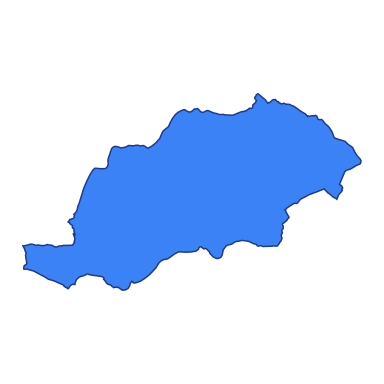 Bucosnita, Caras-Severin, Romania (Albers equal-area conic projection)
{"feature_id": "2599482B80081706534230", "entity_name": "Bucosnita", "entity_type": "district", "adm_level": 2, "iso_a3": "ROU", "parent_name": "Romania", "parent_adm1": "Caras-Severin", "projection": "albers", "projection_center": [22.186, 45.297], "detail": "fine", "context": "isolated", "style": "filled", "palette": "blue", "viewbox_px": 384, "rotation_deg": 0, "n_neighbors": 0, "source": "geoboundaries", "source_scale": "gbopen_adm2", "svg_char_len": 5874}
<svg xmlns="http://www.w3.org/2000/svg" viewBox="0 0 384 384"><path d="M336.9,199.3L338.3,195.5L339.1,194.3L340.1,193.0L340.9,192.4L341.6,191.1L342.3,190.6L341.8,189.2L342.7,188.1L342.0,186.4L340.9,185.3L339.5,184.3L344.8,171.7L346.5,170.2L350.8,168.9L357.1,165.1L359.9,164.1L360.8,162.8L361.0,160.7L360.1,159.0L357.6,156.4L356.3,154.5L354.3,151.1L352.7,147.6L350.6,146.0L348.4,144.6L345.0,141.3L335.2,138.3L334.0,137.3L331.9,131.5L328.9,127.0L326.8,125.0L324.6,123.2L322.7,120.4L321.3,119.4L320.5,119.6L319.7,119.7L318.9,119.5L317.9,118.9L317.5,118.0L317.2,117.2L317.0,116.4L315.7,115.4L314.0,115.7L311.5,115.8L309.3,116.3L308.6,116.1L307.5,115.8L307.4,116.2L305.2,113.7L303.4,112.9L299.0,110.0L297.0,108.4L296.3,108.1L294.8,106.9L293.0,105.9L291.5,105.5L290.1,104.5L288.6,104.3L286.0,104.2L283.8,103.2L282.7,103.7L281.1,103.9L280.2,103.2L279.8,103.3L279.0,102.8L279.0,102.4L278.4,101.7L277.3,101.6L275.3,99.5L273.6,99.7L272.5,100.0L269.6,102.7L269.1,102.4L267.7,103.2L266.0,100.7L265.2,99.7L258.1,93.8L256.9,94.3L256.3,94.8L255.8,96.2L254.7,97.4L254.9,98.6L255.6,99.6L256.4,100.4L256.4,101.1L255.9,101.6L255.4,102.8L252.9,104.8L252.8,106.4L252.3,108.0L251.1,108.5L249.6,108.2L246.9,110.2L244.2,111.4L242.0,111.6L241.6,111.7L237.2,113.4L232.9,115.2L225.1,114.9L223.1,114.3L221.3,114.6L219.4,114.5L216.3,113.5L213.2,112.8L208.2,110.6L206.6,110.6L203.6,112.2L202.3,112.4L200.8,111.8L197.7,108.6L194.5,109.0L193.3,110.0L192.2,111.0L190.2,112.1L188.8,111.9L187.5,111.4L186.3,110.8L185.3,109.9L183.6,109.7L180.7,110.9L178.0,112.3L175.4,114.6L172.4,118.6L169.8,123.4L169.2,125.1L168.4,126.7L165.6,128.9L163.0,131.2L162.1,132.8L159.8,138.4L157.9,140.4L156.2,142.6L151.0,146.7L147.5,148.2L144.7,146.1L143.0,145.5L140.7,145.9L137.5,145.2L135.7,145.3L134.4,145.7L133.0,145.8L128.7,145.5L126.6,146.6L124.4,147.4L120.8,147.9L118.6,147.0L116.4,146.5L114.7,146.4L112.7,147.4L111.6,148.7L108.3,158.4L108.0,159.7L107.9,161.0L108.0,162.3L108.3,163.6L107.4,166.7L105.7,168.4L104.4,168.7L100.6,168.7L96.7,168.3L94.8,168.3L92.9,170.1L89.9,174.8L86.7,181.4L83.8,188.2L79.1,203.4L77.7,206.8L77.1,209.9L75.9,212.2L74.6,213.7L74.4,214.0L74.5,214.3L73.8,214.4L74.5,215.6L74.1,216.5L74.1,217.6L72.8,218.7L72.2,218.7L71.7,218.9L71.2,219.3L70.8,219.5L70.1,219.3L69.1,220.4L69.1,220.7L69.2,221.0L68.9,221.6L68.1,221.9L68.3,222.2L69.1,222.7L69.6,223.0L70.0,223.8L71.1,224.5L72.0,225.3L72.4,225.9L72.4,227.7L72.7,228.1L73.0,228.0L73.4,228.5L73.9,228.8L74.0,229.0L73.9,230.8L73.9,231.1L74.2,231.6L74.1,232.3L74.2,232.6L75.0,233.6L75.1,233.8L74.8,234.4L75.0,235.0L74.8,235.2L74.3,234.4L74.0,234.0L73.7,233.9L73.3,234.0L73.9,235.5L74.1,236.2L74.5,237.0L74.8,238.4L74.9,239.1L74.8,239.5L74.8,239.9L74.4,240.6L74.2,241.6L74.4,242.4L74.5,242.7L73.7,243.3L72.9,244.7L72.6,245.1L72.3,245.2L71.1,245.3L68.7,245.3L66.9,245.4L63.8,245.3L62.6,245.7L60.8,245.8L58.5,246.2L57.5,246.6L56.8,247.0L56.6,247.0L55.9,247.0L54.3,246.6L53.9,246.5L52.6,245.6L51.1,245.1L50.7,245.0L48.7,245.0L47.6,244.5L46.7,244.7L45.7,245.1L45.0,245.5L43.0,245.5L42.3,245.8L41.9,245.5L40.0,245.4L38.1,244.9L37.0,245.5L36.4,245.2L35.3,245.1L34.5,244.9L32.4,244.2L31.2,244.1L29.5,244.4L28.2,244.9L25.7,245.5L23.9,245.8L23.3,246.0L23.0,245.9L23.2,246.6L23.8,247.4L24.6,249.0L24.7,249.9L24.9,250.4L25.4,251.2L25.7,252.4L26.1,252.8L26.1,253.3L25.9,254.2L25.5,255.3L25.6,255.6L25.9,256.0L26.0,256.2L25.8,256.8L25.9,257.6L25.8,258.0L25.9,258.4L26.1,259.0L26.3,259.9L26.5,261.5L26.6,262.1L26.8,263.7L26.2,264.3L25.3,265.0L24.9,265.2L24.1,265.9L23.9,266.7L23.9,267.0L23.8,267.3L23.8,268.6L23.9,269.2L27.1,269.2L33.6,271.0L45.1,277.1L48.3,279.2L53.8,280.8L63.8,285.2L63.8,285.9L65.5,287.3L65.9,287.2L66.7,287.4L66.8,287.9L67.9,288.8L68.8,288.1L69.8,286.4L70.5,285.6L71.0,285.1L72.7,284.3L75.0,284.5L74.9,283.9L75.0,283.4L75.6,281.9L75.9,280.6L76.4,279.9L77.4,278.7L79.1,277.2L80.6,276.5L82.1,276.2L85.1,275.1L85.9,274.8L86.6,274.1L87.1,274.0L87.8,274.0L89.5,274.7L90.3,274.8L94.0,275.5L96.2,275.7L100.1,276.4L100.4,276.3L102.3,276.7L102.7,276.9L103.0,277.3L103.6,277.7L103.8,278.0L104.0,278.3L104.0,278.9L103.8,279.0L103.1,278.9L104.2,279.7L104.7,280.6L105.9,281.9L106.1,282.5L106.4,283.1L107.1,283.3L107.4,283.8L108.2,284.3L110.5,285.0L111.0,285.2L112.2,286.6L112.9,286.9L113.7,287.6L114.1,287.6L115.3,287.1L117.0,287.4L117.8,287.4L118.1,287.2L118.4,287.3L119.0,288.0L120.8,289.1L121.6,289.8L122.1,290.1L122.4,290.2L123.4,290.0L124.6,290.1L126.4,289.4L128.1,288.4L129.7,285.8L130.4,283.3L131.8,281.2L132.7,281.7L132.9,282.6L134.1,283.1L135.8,282.8L140.3,281.3L144.5,278.6L149.5,274.7L155.9,267.9L158.8,263.1L161.1,260.9L163.9,259.5L165.4,259.4L166.3,259.2L168.1,258.6L174.4,254.1L176.6,252.9L178.9,251.8L184.0,252.1L189.1,252.1L191.7,251.9L196.3,251.0L198.6,249.1L198.8,247.8L200.2,246.8L201.1,246.7L201.5,247.2L204.0,249.0L204.9,248.4L206.1,248.7L207.4,249.7L208.3,250.9L209.2,251.6L209.8,252.6L209.9,253.4L213.5,257.1L216.6,258.5L217.7,258.5L219.2,258.1L220.8,257.4L222.1,255.3L223.3,249.8L226.1,246.0L227.9,245.0L230.2,244.6L232.4,243.8L234.9,241.9L236.3,241.5L239.3,241.1L241.4,240.5L243.0,240.5L248.5,241.3L253.9,243.8L255.1,244.1L256.3,244.3L257.1,245.6L258.2,246.2L260.2,245.6L261.7,245.9L263.1,246.5L272.1,246.2L273.1,245.8L275.2,246.1L277.3,246.0L279.6,243.0L279.8,242.4L280.1,241.8L281.1,241.0L281.2,240.5L282.0,238.3L281.9,237.7L281.2,235.9L281.3,234.7L282.4,233.1L281.8,230.6L281.7,230.1L283.1,228.8L283.2,228.1L283.2,227.2L283.1,225.9L282.7,225.3L282.4,224.5L282.6,223.6L284.2,222.7L284.8,222.2L285.2,221.6L285.9,221.2L286.9,220.5L287.0,220.1L286.9,219.6L287.2,219.1L287.7,218.9L288.6,218.1L288.9,217.5L289.0,217.1L287.6,214.8L285.0,209.8L286.2,209.1L286.5,208.3L287.5,207.6L293.2,203.9L294.7,203.2L296.3,203.5L297.2,203.2L297.9,202.5L300.4,199.3L306.4,196.2L308.5,194.9L316.7,191.9L324.1,188.9L328.0,193.0L330.0,194.2L330.9,195.0L332.2,196.3L334.3,197.8L335.6,198.2L336.9,199.3Z" fill="#3b82f6" stroke="#1e3a8a" stroke-width="1.5"/></svg>